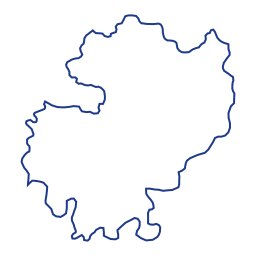 Slonim, Grodno, Belarus (Albers equal-area conic projection)
{"feature_id": "67162791B56929358145249", "entity_name": "Slonim", "entity_type": "district", "adm_level": 2, "iso_a3": "BLR", "parent_name": "Belarus", "parent_adm1": "Grodno", "projection": "albers", "projection_center": [25.224, 53.068], "detail": "fine", "context": "isolated", "style": "outline", "palette": "blue", "viewbox_px": 256, "rotation_deg": 0, "n_neighbors": 0, "source": "geoboundaries", "source_scale": "gbopen_adm2", "svg_char_len": 3702}
<svg xmlns="http://www.w3.org/2000/svg" viewBox="0 0 256 256"><path d="M92.8,30.4L88.7,33.6L86.2,35.5L84.4,38.3L84.1,41.2L83.6,43.7L81.7,45.3L80.1,48.2L80.6,50.9L82.3,54.7L80.9,56.6L78.5,58.2L75.3,58.5L71.7,59.6L69.6,60.9L67.4,62.0L66.1,64.5L66.7,67.0L68.3,69.4L69.4,72.0L69.4,75.0L71.6,77.4L75.4,77.4L76.9,78.7L76.2,82.0L78.8,83.8L81.0,83.4L85.3,85.2L88.6,85.4L91.0,84.9L93.1,85.9L95.9,87.0L98.4,86.7L101.0,87.8L103.0,89.7L104.2,91.2L104.6,93.8L104.9,96.3L104.9,98.5L104.7,100.0L103.0,103.9L99.5,103.9L98.5,107.6L99.5,110.6L97.8,113.3L93.6,113.6L90.1,111.8L86.3,112.1L81.9,111.3L80.4,109.1L79.1,106.6L73.7,106.1L69.7,106.8L65.0,107.3L61.0,107.3L57.2,107.0L51.8,105.3L49.3,103.8L45.1,101.5L44.1,104.2L45.0,106.0L45.2,107.5L44.4,109.0L42.3,109.9L40.6,110.5L39.1,111.1L37.5,111.7L34.6,112.9L33.9,114.3L34.5,115.8L35.9,117.0L36.8,118.9L36.6,121.1L36.0,122.0L34.6,122.3L33.1,122.0L31.9,121.1L30.4,120.0L28.7,120.3L26.5,121.2L26.0,122.9L26.6,124.4L29.2,126.7L30.7,128.2L31.8,129.3L32.7,132.0L33.5,134.0L33.2,135.6L31.4,136.6L28.8,137.9L27.1,139.5L27.1,143.5L28.0,144.9L29.4,146.3L29.6,148.2L29.3,151.5L27.0,152.6L24.5,155.2L22.3,158.5L21.6,161.8L22.8,164.8L24.3,167.9L26.4,170.3L28.8,174.0L28.4,179.7L27.9,184.5L27.9,184.8L28.9,183.7L32.2,180.7L35.1,180.8L40.0,181.6L43.5,182.7L47.2,186.7L46.9,191.0L46.4,195.3L46.1,197.2L45.5,200.7L45.8,203.4L48.8,206.4L51.4,209.1L52.0,211.2L53.0,214.2L56.0,216.3L60.6,216.9L63.5,215.3L66.0,213.4L66.8,208.3L66.8,204.8L66.8,200.8L71.4,198.6L73.8,198.6L76.2,201.8L75.7,207.0L74.3,210.7L73.0,214.8L71.9,217.2L71.9,220.4L74.0,225.3L74.3,226.9L75.9,231.2L75.6,232.5L73.2,233.9L71.8,236.0L72.4,238.5L74.8,238.7L76.2,238.2L76.9,237.9L79.6,236.3L81.8,235.0L83.7,237.1L84.2,240.1L87.7,240.6L89.6,238.8L90.2,236.1L92.0,233.9L94.5,232.3L96.1,229.9L100.1,227.7L103.4,228.0L103.9,232.6L103.9,235.8L110.6,239.0L115.5,239.3L118.2,238.0L118.2,234.5L117.4,230.2L121.7,226.1L125.7,222.6L131.1,219.9L134.6,218.0L137.8,218.8L139.7,221.8L139.7,225.0L139.2,227.7L137.0,231.0L136.2,234.7L141.1,238.2L146.2,240.4L152.7,239.8L157.2,237.1L158.9,234.7L159.9,231.7L160.2,227.4L159.1,225.3L156.4,223.9L153.2,224.7L150.2,224.5L148.1,223.4L148.1,220.2L148.1,216.1L148.0,212.9L149.4,209.7L151.8,209.4L153.7,208.0L153.4,205.1L152.6,202.4L150.7,199.7L148.0,196.5L146.4,194.1L146.1,191.7L146.1,188.7L150.2,188.7L154.7,189.5L158.5,189.7L163.1,190.8L167.9,190.3L172.2,190.0L178.4,187.3L179.2,184.3L179.2,180.3L179.3,178.2L179.4,176.5L178.6,172.2L182.1,170.6L184.8,168.5L185.3,166.0L185.8,163.1L186.9,160.7L190.1,158.2L195.5,155.8L198.4,154.7L204.9,152.8L208.3,149.6L210.5,146.1L212.9,142.3L215.0,138.0L217.9,136.7L221.7,136.6L225.2,135.5L228.4,132.3L230.0,127.7L229.9,122.9L228.6,117.8L228.5,113.0L230.9,106.3L234.1,103.1L234.1,99.9L234.4,93.5L233.1,91.3L232.3,88.6L232.4,85.0L232.6,82.9L233.4,80.3L232.9,76.9L230.3,75.2L228.4,73.7L224.1,70.8L222.9,68.1L222.9,66.5L223.8,62.9L226.1,59.5L227.5,57.6L229.5,55.2L229.7,52.6L228.5,49.4L228.4,44.2L224.1,42.9L221.4,41.6L219.3,40.0L217.4,37.8L216.3,35.3L214.8,31.6L213.1,29.6L211.0,30.2L209.7,33.1L207.7,33.4L205.5,35.5L205.8,39.5L204.4,42.5L202.0,43.8L200.0,45.8L199.0,47.3L195.8,48.2L193.0,49.3L191.4,50.3L190.0,51.4L188.6,52.2L184.3,52.4L182.0,52.2L179.3,50.7L177.4,48.1L176.9,45.4L176.5,43.0L175.0,41.6L172.2,40.7L168.4,40.4L167.4,40.4L165.3,39.1L164.1,37.5L163.3,34.8L162.8,32.1L162.8,29.4L162.0,26.6L160.7,24.5L158.6,23.6L153.1,24.1L146.3,23.9L143.1,23.4L141.4,23.3L139.5,21.4L138.3,18.4L136.1,16.0L132.5,15.4L128.2,15.4L125.2,16.3L123.6,19.8L121.7,23.3L117.6,24.2L115.7,26.6L116.5,29.6L115.8,32.2L113.6,32.8L110.9,33.8L110.6,36.1L108.1,36.9L104.7,36.1L102.5,33.6L99.5,33.3L95.8,33.1L93.8,31.5L92.8,30.4Z" fill="none" stroke="#1e3a8a" stroke-width="2"/></svg>